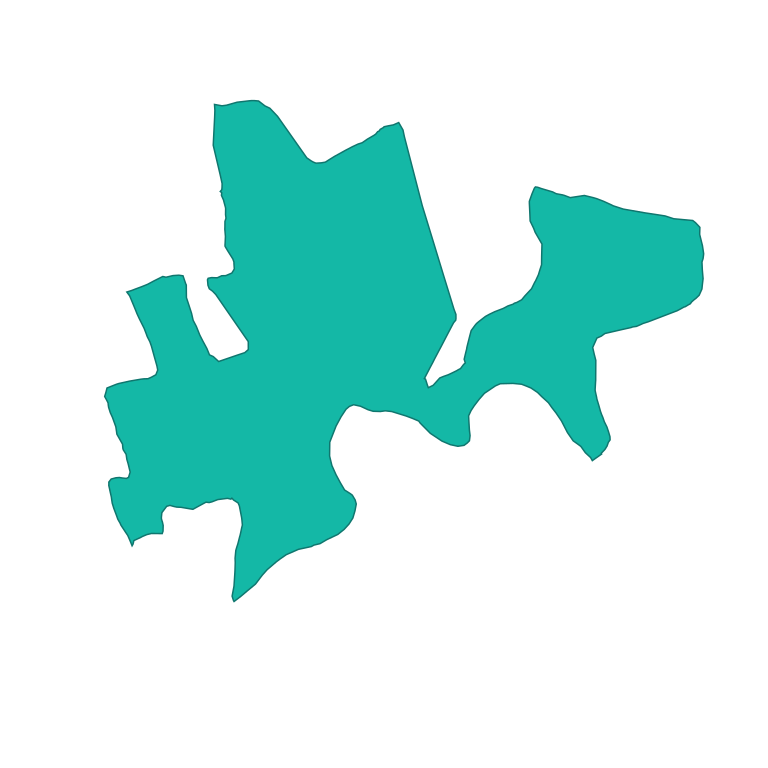 outline of Al-Mahmudiyya, Al Buhayrah, Egypt, rotated 108°
{"feature_id": "37247803B49167572517761", "entity_name": "Al-Mahmudiyya", "entity_type": "district", "adm_level": 2, "iso_a3": "EGY", "parent_name": "Egypt", "parent_adm1": "Al Buhayrah", "projection": "mercator", "projection_center": [30.503, 31.197], "detail": "fine", "context": "isolated", "style": "filled", "palette": "teal", "viewbox_px": 768, "rotation_deg": 108, "n_neighbors": 0, "source": "geoboundaries", "source_scale": "gbopen_adm2", "svg_char_len": 6159}
<svg xmlns="http://www.w3.org/2000/svg" viewBox="0 0 768 768"><g transform="rotate(108 384 384)"><path d="M170.5,631.6L176.0,629.4L182.3,627.6L209.7,620.2L235.9,604.3L243.4,599.9L247.1,598.8L249.3,598.3L251.5,599.2L251.9,598.1L252.3,597.4L254.8,596.9L258.6,593.5L261.6,591.6L264.8,589.5L265.9,588.9L272.0,587.0L275.1,585.5L278.5,585.5L283.9,583.8L286.0,583.2L292.7,580.4L299.2,578.6L301.2,578.1L302.3,577.6L305.7,573.7L311.8,566.4L314.4,564.4L315.9,563.9L320.9,561.9L323.1,562.4L325.5,563.0L329.8,567.9L331.2,571.8L334.5,575.4L335.0,577.0L336.1,580.9L337.8,583.9L339.4,584.1L343.6,582.3L344.4,582.0L347.4,579.6L348.4,576.6L348.7,575.7L350.9,571.6L356.4,564.4L385.6,526.2L393.2,523.7L397.2,526.1L401.9,532.5L413.7,548.2L410.7,554.8L410.2,559.0L405.0,563.4L399.0,569.7L394.4,574.3L387.2,580.3L382.4,585.2L376.2,588.9L369.3,593.9L362.9,598.6L357.3,600.5L351.0,602.6L349.9,603.6L343.2,608.6L343.9,612.7L346.1,618.2L347.8,621.0L349.8,624.3L350.1,627.6L357.3,634.9L362.1,639.5L363.9,641.6L366.4,644.6L370.6,649.9L373.2,653.1L376.0,657.0L376.8,655.9L378.8,653.1L380.9,651.3L387.2,645.9L389.9,643.6L393.5,640.6L397.5,636.9L405.2,629.3L409.9,625.5L412.1,623.8L416.2,619.7L420.0,616.8L429.1,610.8L436.9,605.6L440.7,603.5L443.5,603.7L445.7,603.8L449.4,607.3L451.9,610.1L453.4,614.2L454.6,616.8L459.8,626.7L465.5,636.4L467.0,638.5L473.4,646.2L477.8,645.9L482.2,645.8L485.0,642.8L487.2,640.6L489.3,639.7L491.3,638.7L495.9,635.4L499.7,631.9L507.6,625.8L514.3,622.5L522.0,614.1L524.4,613.1L526.0,612.4L527.2,611.6L528.9,609.5L530.6,607.5L535.1,605.3L538.9,602.7L546.2,598.2L551.7,598.1L553.4,599.8L554.2,603.5L554.7,606.8L556.0,609.9L556.6,610.9L558.7,614.1L560.1,614.6L562.3,615.4L564.0,614.8L565.5,614.4L568.4,612.7L570.3,611.6L573.2,609.9L575.7,608.4L577.8,607.4L578.8,606.9L581.4,605.6L583.8,603.9L585.4,602.8L592.3,597.3L594.7,595.5L596.2,593.9L597.7,592.2L599.6,590.5L602.7,586.6L604.8,584.0L606.6,581.7L607.1,581.0L611.4,577.2L615.7,573.6L613.8,573.2L610.2,573.5L604.9,567.8L603.7,566.7L600.5,563.0L598.6,559.9L598.1,559.2L594.8,548.7L592.2,548.7L586.8,550.3L583.7,552.1L582.4,553.1L580.6,554.2L579.2,554.6L575.0,555.5L567.5,552.9L565.6,550.1L565.4,545.7L565.1,543.0L564.0,539.0L562.7,530.1L562.2,527.0L557.4,522.5L551.4,516.8L550.8,513.7L549.3,511.3L545.3,506.4L541.1,497.5L540.8,494.0L539.6,493.4L540.1,492.4L540.8,491.3L542.2,486.0L544.6,483.9L555.1,478.1L557.0,477.2L561.9,475.1L564.8,474.9L569.3,474.4L572.5,474.1L573.7,474.1L575.0,474.0L581.2,473.6L584.8,473.6L588.1,473.5L595.7,471.8L599.8,470.3L605.3,468.7L607.4,468.1L609.2,467.6L622.6,464.2L632.7,462.9L634.7,461.5L636.5,460.2L637.2,459.4L630.1,454.5L623.0,450.1L614.0,444.4L603.4,440.7L596.6,437.7L586.3,431.4L582.3,428.6L576.5,424.2L567.7,414.3L561.0,402.8L558.9,400.9L555.6,395.5L549.7,390.3L541.3,381.4L534.6,377.0L528.0,374.0L521.1,372.2L513.7,372.4L506.7,373.3L503.2,375.6L499.5,379.8L498.8,381.8L497.0,388.7L491.5,394.9L485.1,401.6L477.6,408.4L469.3,413.5L456.1,417.6L438.8,416.6L428.4,414.7L419.7,412.3L416.0,410.0L413.1,406.5L412.4,399.5L413.4,391.2L413.3,385.9L411.3,379.0L409.1,374.5L407.8,368.1L407.6,353.1L407.9,346.4L408.5,339.5L410.0,337.5L416.6,324.7L420.4,311.2L421.2,302.2L420.4,294.5L417.6,288.9L414.4,286.6L411.6,285.2L406.5,286.2L401.3,288.6L392.6,292.0L388.1,293.7L382.4,293.0L376.9,291.5L369.2,288.8L361.8,285.6L351.3,277.4L347.8,273.5L343.6,261.6L341.7,253.1L342.0,247.6L342.4,242.9L344.6,235.3L347.2,230.2L351.0,221.8L354.6,217.0L358.4,211.4L364.3,203.8L373.5,194.5L379.6,186.5L381.1,181.7L382.5,177.5L387.1,171.3L390.1,164.8L392.5,162.2L383.4,155.4L382.8,156.0L378.3,153.8L377.1,153.4L375.2,153.0L374.3,152.7L370.1,152.6L367.3,151.7L364.3,152.8L360.2,155.6L356.0,158.7L351.8,162.8L348.2,165.5L345.8,167.6L343.2,169.6L337.8,173.2L332.5,176.9L330.9,177.7L327.7,179.6L324.9,181.2L323.7,181.6L320.6,182.4L316.8,183.4L315.1,183.8L311.7,184.9L305.7,186.8L299.4,188.8L296.0,189.9L293.5,191.5L292.2,192.3L291.0,193.1L287.3,195.3L284.8,196.8L283.8,196.7L274.5,195.7L271.3,192.1L267.7,189.5L258.8,174.7L253.9,166.4L252.9,165.2L251.2,161.7L248.2,158.3L246.5,156.5L245.9,155.7L243.1,151.8L224.9,129.3L223.9,128.0L220.5,124.7L218.2,122.6L217.4,121.4L214.4,118.8L213.1,117.5L210.7,116.7L208.5,115.4L207.5,114.8L206.5,114.0L202.2,111.7L196.6,111.1L195.4,111.0L191.2,111.9L185.2,113.1L176.9,116.6L169.7,119.3L166.2,119.3L162.4,120.0L161.2,120.3L154.0,123.9L150.8,125.9L144.2,130.0L137.4,132.0L134.3,137.6L133.1,140.9L137.3,159.5L137.3,168.6L138.9,178.5L140.6,188.7L143.7,210.4L143.7,221.1L143.4,222.9L142.4,231.5L142.0,238.9L142.1,242.6L142.8,251.7L149.2,264.5L148.9,270.7L149.0,272.9L149.8,278.8L149.6,280.5L149.2,282.9L149.5,294.7L149.4,298.6L149.8,300.9L151.3,301.5L152.5,301.6L157.4,302.0L164.5,302.2L165.4,302.2L167.2,301.6L177.5,297.7L183.8,295.4L188.4,291.0L189.9,289.6L193.0,287.1L202.1,277.0L213.9,273.5L221.9,271.0L227.6,271.0L232.3,270.9L239.0,271.7L240.7,272.1L247.8,273.1L256.8,277.3L261.4,279.1L265.4,282.9L266.9,285.0L268.1,285.8L271.5,290.3L273.9,292.6L275.4,294.1L281.0,301.0L283.1,303.2L285.0,305.2L288.4,308.4L295.0,312.9L297.2,314.3L298.6,315.0L300.2,315.6L306.3,317.6L311.7,317.3L320.8,316.7L323.5,316.5L325.3,316.2L328.4,316.0L335.7,315.4L338.8,313.2L340.8,314.3L345.7,316.0L347.6,317.9L348.8,318.9L352.4,322.6L355.4,325.8L358.3,329.6L361.0,332.8L363.0,333.7L365.7,334.9L370.0,336.8L373.8,340.7L371.5,342.5L368.4,344.7L366.5,346.1L366.4,347.3L362.7,346.7L358.6,346.0L354.3,345.3L348.2,344.2L344.8,343.7L335.5,342.1L331.1,341.3L315.5,338.7L307.3,337.3L304.1,336.7L301.2,335.5L299.5,335.8L295.6,337.1L291.6,340.3L290.5,341.1L280.8,347.9L261.9,361.2L231.0,382.8L202.6,402.7L142.7,440.9L140.3,442.3L136.6,444.4L130.8,450.8L134.7,455.2L137.2,459.8L139.3,463.4L140.4,463.9L143.0,466.3L144.9,466.8L146.0,468.0L148.9,469.1L149.8,469.8L150.5,470.3L152.5,472.1L156.3,475.5L158.3,477.0L161.3,479.3L162.6,481.1L163.8,482.8L168.2,487.5L171.0,490.2L173.4,492.6L174.8,493.9L182.7,501.3L185.9,504.0L187.9,505.7L191.1,508.3L193.1,512.1L195.0,517.0L194.8,519.7L194.4,521.9L192.8,527.3L162.3,568.0L157.0,577.8L156.3,583.2L153.6,590.7L154.6,595.1L155.5,597.8L156.6,600.3L161.4,610.8L166.3,618.1L167.5,619.9L169.5,624.1L170.5,631.6Z" fill="#14b8a6" stroke="#0f766e" stroke-width="1.5"/></g></svg>